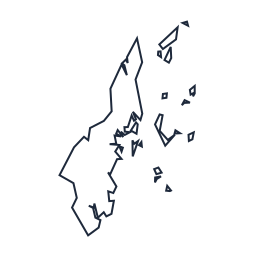 Kawthoung, Tanintharyi, Myanmar, rotated 183°
{"feature_id": "60261553B98033082841224", "entity_name": "Kawthoung", "entity_type": "district", "adm_level": 2, "iso_a3": "MMR", "parent_name": "Myanmar", "parent_adm1": "Tanintharyi", "projection": "robinson", "projection_center": [98.408, 10.778], "detail": "medium", "context": "isolated", "style": "outline", "palette": "slate", "viewbox_px": 256, "rotation_deg": 183, "n_neighbors": 0, "source": "geoboundaries", "source_scale": "gbopen_adm2", "svg_char_len": 1877}
<svg xmlns="http://www.w3.org/2000/svg" viewBox="0 0 256 256"><g transform="rotate(183 128 128)"><path d="M193.9,77.3L179.6,70.1L175.5,55.5L179.7,45.6L162.2,18.7L152.1,27.0L150.7,34.6L155.9,36.8L158.7,46.4L163.1,48.3L158.0,46.8L157.6,50.8L153.4,36.8L147.8,42.6L145.0,38.6L140.0,41.4L138.3,54.6L142.9,54.0L144.4,63.7L139.3,62.3L136.5,69.0L145.6,82.5L143.3,81.0L137.3,96.3L132.9,96.8L139.5,103.8L135.7,110.6L145.5,110.9L138.9,111.7L141.0,119.8L134.4,119.2L139.5,121.7L138.2,125.4L132.4,118.7L134.9,123.9L130.9,120.9L125.9,123.9L131.0,124.2L131.6,128.7L128.2,128.9L125.0,140.7L122.4,135.6L120.5,137.1L124.0,144.4L116.0,136.6L114.5,143.1L123.0,176.8L117.3,194.4L123.7,218.0L132.7,198.7L131.7,192.9L133.7,196.2L137.4,192.2L134.9,190.5L131.9,180.7L137.7,191.1L147.6,166.3L145.2,143.8L152.5,133.8L165.9,126.0L167.1,113.8L171.5,116.9L180.9,105.9L193.9,77.3ZM89.9,112.3L80.8,123.8L87.6,118.2L96.2,126.8L94.1,142.6L97.1,143.2L101.2,133.0L89.9,112.3ZM97.3,208.7L84.7,219.0L83.7,231.2L101.1,213.1L97.3,208.7ZM122.9,115.9L121.8,99.9L117.3,115.5L120.9,112.6L122.9,115.9ZM119.2,122.7L118.5,132.2L120.3,134.0L125.0,125.6L119.2,122.7ZM90.6,195.4L88.5,200.1L89.6,211.2L95.1,197.8L90.6,195.4ZM66.5,118.2L63.1,120.1L62.1,127.1L67.2,124.4L66.5,118.2ZM64.3,166.4L64.7,163.0L63.2,166.0L63.6,173.5L68.2,169.3L67.2,164.6L64.3,166.4ZM78.9,235.8L73.4,233.3L74.7,237.3L78.9,235.8ZM97.2,83.4L92.1,85.2L95.6,90.1L99.7,88.3L97.2,83.4ZM98.2,75.1L96.6,78.6L92.5,81.4L98.3,80.0L98.2,75.1ZM75.4,153.6L73.2,156.0L67.5,156.6L72.9,158.8L75.4,153.6ZM95.1,159.4L91.2,160.2L91.0,164.6L94.9,163.8L95.1,159.4ZM135.6,109.2L133.2,104.1L132.1,108.1L135.6,109.2ZM81.2,124.9L75.8,125.5L80.5,128.2L81.2,124.9ZM86.6,67.4L82.9,67.2L81.8,67.8L85.8,72.3L86.6,67.4ZM98.7,200.5L99.5,206.2L101.8,205.9L101.9,202.4L98.7,200.5ZM116.1,111.5L113.2,110.2L113.9,114.7L116.1,111.5Z" fill="none" stroke="#1e293b" stroke-width="2"/></g></svg>